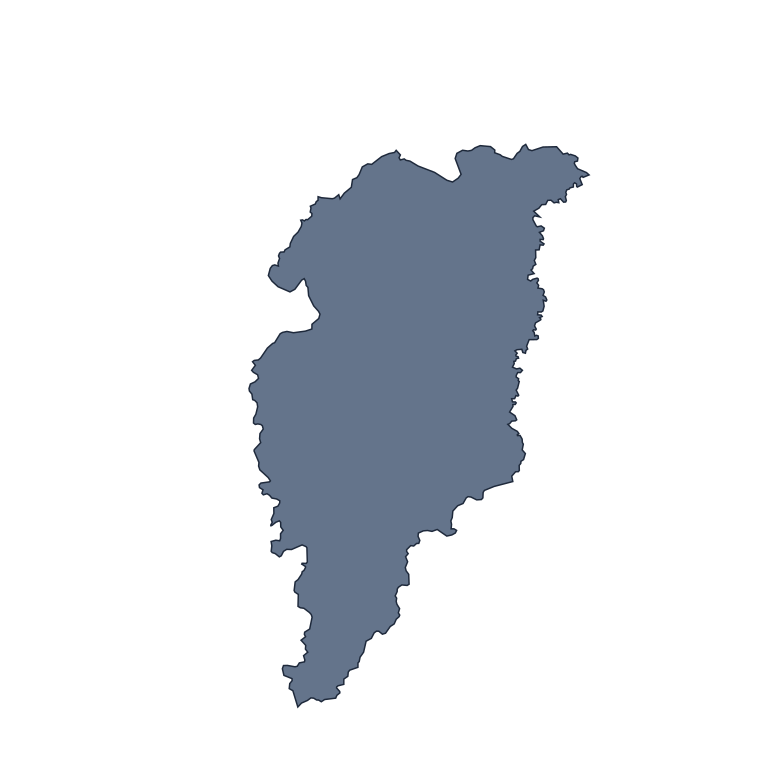 outline of Soavinandriana, Itasy, Madagascar, rotated 312°
{"feature_id": "10022922B59328070281510", "entity_name": "Soavinandriana", "entity_type": "district", "adm_level": 2, "iso_a3": "MDG", "parent_name": "Madagascar", "parent_adm1": "Itasy", "projection": "albers", "projection_center": [46.563, -19.219], "detail": "fine", "context": "isolated", "style": "filled", "palette": "slate", "viewbox_px": 768, "rotation_deg": 312, "n_neighbors": 0, "source": "geoboundaries", "source_scale": "gbopen_adm2", "svg_char_len": 6165}
<svg xmlns="http://www.w3.org/2000/svg" viewBox="0 0 768 768"><g transform="rotate(312 384 384)"><path d="M681.7,376.9L681.5,373.5L679.5,369.0L678.1,368.2L678.3,365.8L674.7,363.3L675.8,353.5L666.5,343.6L656.4,337.8L654.9,334.5L656.9,329.0L653.2,328.0L647.8,329.3L644.5,328.6L638.0,329.5L636.2,328.5L632.3,319.6L632.1,316.9L629.9,311.5L632.0,309.8L631.7,304.3L625.5,296.0L620.5,293.6L616.2,292.7L613.3,290.5L610.3,286.0L604.2,283.8L599.2,286.0L591.4,301.0L586.6,301.4L580.0,299.8L577.5,294.4L575.1,280.0L568.8,263.5L567.0,254.1L565.0,250.7L564.8,248.4L561.4,246.2L562.2,243.8L565.2,242.9L565.8,236.7L563.1,236.9L558.7,233.6L551.4,230.1L539.0,227.9L536.7,224.6L530.8,222.6L522.9,225.4L519.2,225.8L514.9,223.8L508.3,228.1L499.3,226.8L492.2,227.5L494.4,223.7L488.9,222.8L487.1,221.6L480.6,212.9L479.1,209.7L476.3,212.1L474.3,211.6L471.8,212.5L466.8,210.3L465.9,212.0L462.4,214.1L462.5,216.3L460.4,218.0L455.0,217.3L454.1,216.0L451.9,215.7L451.4,213.6L450.0,212.5L448.7,215.3L445.8,217.1L439.4,218.5L433.2,218.1L425.8,220.3L422.9,222.3L417.5,220.7L415.3,221.4L412.8,218.9L411.1,218.9L408.6,219.9L407.4,222.4L402.9,224.3L401.0,226.6L399.4,223.1L397.3,221.8L393.8,222.1L387.2,225.5L385.5,231.9L385.4,240.2L389.5,252.5L394.8,254.4L406.1,253.3L408.9,254.2L407.9,256.9L405.2,260.2L404.9,262.8L399.2,268.9L395.0,279.5L394.2,286.7L393.1,289.7L389.0,291.7L380.2,290.5L376.6,293.6L370.7,290.2L361.5,282.4L358.1,276.7L354.5,274.1L351.9,273.2L341.5,275.1L339.6,274.1L332.7,273.3L320.7,274.9L317.8,274.5L314.7,271.8L312.6,271.4L311.8,275.9L305.6,276.5L305.3,279.1L306.3,283.9L304.2,287.0L299.3,286.7L294.6,284.7L290.3,286.7L288.7,288.7L288.1,292.6L284.5,296.9L285.3,298.9L285.1,302.2L282.5,305.4L275.8,309.0L271.5,309.9L267.7,313.1L267.8,315.4L269.9,316.9L271.5,319.6L271.6,321.5L269.7,324.4L264.2,325.0L260.0,328.2L257.9,331.6L248.5,331.5L247.3,332.2L242.0,343.6L239.1,345.7L237.1,349.2L237.0,360.5L236.0,364.4L234.7,364.4L228.0,358.8L225.4,358.7L223.7,360.8L224.4,364.9L221.1,366.4L220.9,368.5L224.2,370.5L224.7,373.4L224.2,377.0L226.7,381.1L227.5,384.7L225.8,386.1L222.2,386.9L218.3,384.9L214.1,388.8L207.8,390.9L206.4,393.5L203.3,394.3L203.0,394.9L204.1,395.4L208.8,396.1L212.3,397.8L212.0,399.8L208.7,402.9L207.8,407.0L203.5,407.3L200.0,410.5L197.7,411.4L195.5,408.1L191.4,405.5L188.7,408.9L184.2,412.1L183.9,413.7L185.2,416.7L185.5,421.9L187.6,422.6L192.4,421.3L196.0,422.3L199.1,426.0L209.6,430.8L211.0,434.9L210.7,436.3L200.4,446.1L198.7,446.3L196.0,443.1L195.1,443.4L195.8,447.8L195.0,448.5L191.8,449.3L189.8,448.8L187.7,450.0L181.2,451.0L177.5,450.4L170.4,455.4L169.7,457.1L170.3,461.1L161.2,468.9L161.7,471.5L163.7,474.5L164.3,481.5L164.0,484.2L162.6,486.6L152.2,492.7L146.5,491.1L144.7,492.3L143.7,494.8L138.1,493.8L137.4,500.7L134.4,503.0L133.7,506.8L128.3,506.0L125.9,509.9L124.3,510.8L120.1,507.7L116.2,508.4L114.3,507.1L110.2,500.5L107.5,497.7L104.4,499.0L100.5,504.6L103.5,512.8L102.1,514.2L98.3,514.4L94.2,517.4L95.1,521.5L86.3,536.1L91.7,536.2L97.7,538.9L101.8,539.7L103.5,542.0L104.1,545.4L105.4,546.9L105.9,550.0L109.8,551.0L118.2,558.3L121.1,557.3L124.9,557.9L125.9,556.8L126.4,552.1L127.3,551.5L129.0,551.8L133.9,555.1L137.8,551.6L142.6,552.7L146.0,550.2L148.4,550.0L156.0,554.2L159.3,551.3L161.1,551.3L165.0,549.0L171.0,548.3L180.9,542.8L186.5,544.8L192.5,543.2L195.3,543.8L196.8,545.6L197.0,550.2L199.8,551.9L208.0,550.9L212.5,552.1L217.4,550.5L221.1,550.9L222.8,550.3L223.5,547.8L227.5,545.9L229.0,540.9L230.6,538.5L233.3,536.7L234.0,534.1L238.5,532.7L240.4,531.1L242.5,530.7L246.6,531.7L249.8,536.0L252.0,536.6L259.1,529.7L260.0,525.4L261.9,522.6L267.7,520.5L270.1,515.6L274.1,515.5L274.7,512.9L276.0,511.7L281.8,512.0L283.5,514.5L287.3,514.9L288.8,516.5L291.7,515.3L293.6,511.2L296.2,509.3L301.2,511.5L304.3,514.4L306.6,518.3L311.5,520.9L313.0,532.4L317.2,535.4L321.0,536.7L323.8,535.9L323.2,532.9L321.3,530.8L324.9,528.1L327.0,525.3L330.4,524.1L335.6,520.2L342.8,520.2L348.1,522.7L354.4,521.3L356.5,521.8L358.2,524.3L359.9,530.4L363.3,533.7L365.5,533.7L369.8,530.2L372.1,529.8L381.6,534.4L397.7,545.0L401.0,540.6L406.8,540.5L408.8,542.5L410.3,542.4L414.0,538.9L416.5,538.8L418.2,537.5L421.2,538.3L426.9,535.6L427.5,530.8L432.5,527.8L433.1,526.0L435.5,523.5L436.8,519.6L435.0,517.7L435.5,517.0L437.4,517.4L438.0,514.8L436.6,508.7L436.9,503.0L438.6,503.9L441.9,503.8L444.6,506.3L446.2,506.6L448.1,502.5L447.2,496.1L453.6,494.9L454.9,493.5L456.6,495.2L458.4,494.9L458.6,493.7L456.7,491.4L458.5,488.7L460.5,490.9L463.7,489.8L464.6,491.6L465.8,491.6L467.9,486.3L470.2,486.1L476.4,482.8L476.3,481.5L478.0,480.5L477.6,477.6L478.9,476.5L482.0,475.7L483.8,477.8L486.8,477.7L486.7,474.4L483.9,472.4L482.5,468.2L486.2,467.2L487.7,465.4L489.0,466.4L491.4,465.4L493.2,466.7L494.0,465.4L493.1,463.4L493.8,462.5L496.0,462.4L496.2,459.1L498.5,459.9L502.0,463.2L500.3,466.1L501.5,468.5L504.0,467.0L506.1,467.4L507.5,464.7L514.1,462.2L519.2,467.8L521.2,468.2L522.9,466.4L522.3,464.8L520.6,463.9L522.9,461.0L523.1,458.9L524.3,458.8L525.6,460.6L526.7,460.4L527.9,457.0L530.8,455.7L536.5,457.5L537.2,457.2L537.4,455.2L540.0,456.4L540.4,454.7L538.2,451.8L540.6,450.1L542.7,452.7L544.6,453.2L548.9,451.0L552.8,446.3L553.9,449.0L555.4,448.8L556.8,445.8L556.3,442.9L559.7,441.5L560.8,439.5L560.6,437.8L558.3,434.2L560.8,432.9L561.4,429.9L564.4,429.4L565.4,428.0L565.1,426.9L561.3,424.5L558.7,424.1L557.8,420.7L561.3,418.3L566.5,421.7L567.1,417.0L569.1,417.3L571.4,416.0L574.5,416.8L576.4,413.0L579.4,412.3L585.0,407.0L587.5,409.5L591.8,406.9L593.7,409.4L595.2,409.2L594.6,404.5L595.9,403.3L597.9,405.7L598.7,405.3L600.1,402.6L600.7,398.0L604.6,400.0L607.1,398.9L606.6,395.0L603.4,392.7L603.3,391.4L605.8,384.6L607.3,383.3L609.8,383.4L612.4,388.0L612.6,379.6L618.4,381.5L622.8,381.2L625.6,384.0L630.0,382.8L632.3,385.1L632.4,389.2L634.4,390.5L635.7,392.6L637.6,390.1L639.7,391.1L639.3,395.8L640.8,397.2L642.3,396.8L644.6,393.4L647.0,392.8L648.1,390.8L650.6,389.9L652.8,391.2L654.3,391.0L657.1,392.9L659.5,390.9L661.1,391.0L661.5,393.2L659.7,395.0L659.7,395.9L664.8,397.9L667.7,392.0L670.2,391.7L671.0,392.3L670.8,393.7L676.6,396.5L676.6,393.0L673.5,383.8L674.5,379.8L675.3,377.8L676.8,377.0L679.1,378.6L681.7,376.9Z" fill="#64748b" stroke="#1e293b" stroke-width="1.5"/></g></svg>